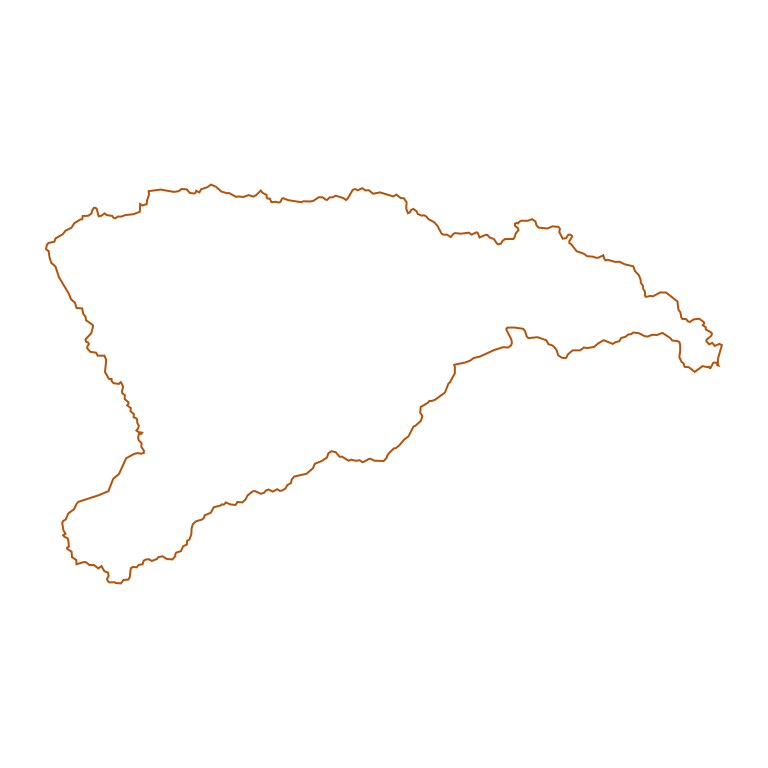 outline of Chiure, Cabo Delgado, Mozambique
{"feature_id": "85939544B26812417695120", "entity_name": "Chiure", "entity_type": "district", "adm_level": 2, "iso_a3": "MOZ", "parent_name": "Mozambique", "parent_adm1": "Cabo Delgado", "projection": "robinson", "projection_center": [39.723, -13.545], "detail": "fine", "context": "isolated", "style": "outline", "palette": "amber", "viewbox_px": 768, "rotation_deg": 0, "n_neighbors": 0, "source": "geoboundaries", "source_scale": "gbopen_adm2", "svg_char_len": 6056}
<svg xmlns="http://www.w3.org/2000/svg" viewBox="0 0 768 768"><path d="M160.7,189.6L148.7,191.1L149.0,194.8L147.1,200.2L146.7,204.1L142.5,205.5L140.2,204.0L139.8,211.8L133.4,214.2L125.2,215.1L121.2,216.6L117.7,216.6L115.3,218.3L113.6,217.9L112.2,215.9L106.7,215.1L104.6,213.4L101.2,215.8L98.7,216.3L96.7,208.9L95.5,207.8L93.8,207.9L92.1,210.7L91.5,213.5L88.2,215.8L82.8,216.0L82.2,219.3L80.5,219.4L74.3,223.2L71.4,227.8L65.5,230.7L62.7,234.3L55.6,238.4L54.3,241.7L48.4,243.0L46.8,245.1L46.1,248.3L46.1,249.3L48.6,251.0L49.6,257.6L51.2,262.7L55.5,266.6L58.9,277.1L68.6,293.3L71.1,299.4L74.9,302.6L76.5,307.9L82.1,308.4L83.4,314.1L85.5,316.7L86.0,320.2L92.7,324.9L93.0,326.6L91.2,333.4L85.5,339.2L86.0,341.6L88.1,342.5L88.9,344.0L87.1,347.1L87.3,348.4L90.2,351.8L96.1,352.7L97.7,355.7L104.5,355.7L106.2,360.0L105.0,372.0L109.0,379.0L111.5,378.9L111.6,381.0L113.5,383.2L118.9,383.9L120.7,382.1L121.6,383.4L123.1,386.9L121.9,391.6L122.2,393.2L124.8,395.1L124.7,399.1L128.5,402.3L128.3,404.0L127.2,405.4L130.8,408.0L130.5,411.3L133.8,413.9L133.7,417.4L135.9,418.0L137.1,419.5L137.3,422.8L138.8,425.8L138.3,428.2L136.4,430.5L138.6,432.1L142.1,432.7L141.4,433.7L138.8,434.2L138.1,437.9L138.8,440.3L141.6,443.3L141.3,446.9L143.9,450.6L143.8,452.9L141.0,453.7L137.5,453.1L133.9,454.0L126.1,458.3L119.0,474.0L113.2,478.8L108.4,491.2L98.5,495.3L78.4,501.8L76.5,504.0L74.1,509.1L68.3,513.4L65.8,519.4L63.0,521.1L62.2,523.1L63.4,530.2L65.5,533.8L63.1,535.2L64.6,536.9L67.6,538.3L68.4,540.8L68.9,546.7L67.1,547.7L67.2,548.9L71.6,551.7L72.0,557.1L76.2,560.0L76.5,564.2L84.4,562.0L86.3,562.4L89.4,565.0L94.0,565.1L98.3,568.4L101.5,566.1L104.3,571.2L108.0,572.6L108.6,576.0L107.0,578.9L107.8,581.2L109.5,582.4L114.7,582.2L115.6,583.0L120.9,583.4L123.6,579.9L128.3,579.6L129.8,577.1L130.8,568.2L133.1,566.9L136.6,567.3L138.7,564.9L142.6,564.3L143.6,560.8L145.5,559.6L148.7,559.2L151.9,561.0L157.2,558.8L158.2,557.2L162.6,556.3L166.8,559.0L172.5,559.4L175.4,556.0L175.2,554.5L176.2,552.6L181.0,551.1L183.1,546.3L186.9,544.5L187.1,540.8L189.4,539.5L191.3,534.4L191.6,528.3L192.8,524.3L195.9,521.4L202.5,519.3L204.1,517.6L204.6,515.4L210.8,512.7L213.8,507.2L220.4,505.6L221.7,504.4L223.8,504.7L225.8,502.5L230.4,504.4L235.5,505.0L237.4,502.0L242.4,502.4L245.6,499.4L247.4,495.6L252.7,491.3L255.0,491.1L260.9,493.8L264.2,492.7L265.8,490.6L268.5,489.5L272.7,491.6L277.1,489.2L280.0,490.9L282.4,490.4L285.6,488.3L287.2,485.2L290.9,483.1L291.8,479.4L294.3,476.5L306.5,473.8L313.0,468.2L314.9,463.7L321.2,461.3L327.0,457.5L328.4,453.2L331.6,451.2L335.7,452.2L339.7,456.8L341.9,456.6L348.6,460.7L351.2,459.7L356.0,460.8L359.6,460.2L362.2,462.1L363.4,462.0L369.0,458.9L370.7,458.8L374.3,460.7L383.6,461.0L386.5,458.1L387.3,455.5L389.5,452.6L393.9,448.4L395.8,448.1L399.0,445.7L404.1,439.6L408.4,436.4L413.6,426.4L415.3,425.9L420.9,420.8L422.4,416.1L420.2,412.7L420.7,407.0L427.7,402.9L429.5,400.9L431.7,401.0L435.0,399.8L444.9,392.6L448.4,383.7L450.0,382.2L454.8,373.4L454.9,367.5L454.2,364.8L465.2,362.5L470.0,360.7L473.7,358.0L479.8,356.6L494.0,350.1L503.0,347.2L508.1,347.5L511.0,345.5L511.9,342.9L511.3,339.4L506.4,329.7L506.4,328.6L507.6,327.6L514.3,327.5L523.2,328.8L525.0,331.0L526.8,336.6L528.4,338.1L537.6,337.2L546.4,340.3L548.4,344.2L552.4,345.4L554.3,347.1L556.5,350.0L558.2,355.2L561.3,357.5L564.3,358.1L566.2,357.8L567.8,354.5L572.5,350.4L580.1,350.3L584.0,347.5L587.2,348.1L594.0,346.9L598.6,343.1L603.6,340.2L612.8,343.9L615.2,342.3L619.3,341.2L621.2,338.0L625.8,336.6L628.2,334.5L631.4,334.0L633.3,332.5L638.9,333.2L644.5,336.1L647.4,336.6L652.1,334.8L656.9,335.0L662.5,332.9L670.3,338.1L672.2,340.5L677.1,341.0L679.3,342.0L680.1,344.5L680.2,351.2L679.3,357.0L681.6,362.0L683.5,363.3L684.6,366.8L688.8,367.2L694.7,371.9L702.6,366.1L707.8,367.2L708.8,366.7L709.8,368.1L710.5,368.0L713.3,362.7L716.8,362.6L717.3,365.2L718.5,365.5L717.8,364.2L718.0,358.6L721.9,345.1L719.4,343.9L714.8,345.9L712.2,342.9L709.2,344.3L707.3,342.2L706.3,340.9L706.5,339.8L711.2,335.8L712.0,333.6L710.7,332.1L705.8,329.5L705.8,327.3L702.8,325.2L704.1,323.6L703.8,322.1L699.2,318.7L693.7,319.4L689.8,322.0L687.8,321.2L686.2,319.1L682.3,318.9L681.2,317.0L680.4,312.3L678.4,309.6L677.5,301.5L666.2,292.6L660.3,292.4L652.9,296.3L650.4,295.9L646.0,296.9L645.1,296.0L644.9,291.5L643.3,289.3L642.8,285.5L640.7,282.6L640.8,280.3L639.0,275.4L635.0,271.1L633.3,266.3L624.7,264.3L619.7,261.8L615.1,261.9L607.8,259.8L605.7,260.4L604.5,259.3L603.3,255.3L598.6,257.6L596.2,257.8L592.6,256.6L587.1,256.2L584.0,253.8L576.6,251.2L571.3,244.3L569.4,243.2L569.3,241.2L572.0,237.0L571.9,235.8L570.3,234.7L568.4,234.7L566.0,238.2L562.7,238.7L559.3,232.1L559.9,228.8L558.4,226.8L552.4,226.4L547.4,228.5L538.5,227.6L536.4,225.2L535.5,221.6L532.3,219.2L527.5,220.8L521.5,220.7L519.4,221.6L518.0,223.4L516.8,222.8L515.0,223.6L514.9,225.7L518.1,228.4L518.4,230.4L515.9,233.0L514.6,237.3L513.3,239.0L505.1,239.0L502.4,241.0L501.0,243.6L498.6,244.3L497.0,243.6L493.9,239.0L489.8,237.6L487.3,234.9L485.5,234.9L479.6,237.5L477.7,232.9L476.8,232.3L471.5,234.6L468.9,232.7L461.0,233.7L455.2,233.1L453.4,233.8L450.7,237.1L447.1,234.7L443.4,234.6L441.6,233.7L437.6,226.1L434.2,222.2L428.5,219.2L426.2,216.3L423.9,215.2L421.9,215.7L417.8,214.0L416.5,211.2L413.3,208.9L411.1,210.1L409.7,212.5L407.9,213.2L406.2,208.5L406.6,202.3L403.9,198.3L400.6,198.0L396.4,194.6L393.3,196.4L380.1,192.4L373.1,193.7L368.7,190.2L365.3,190.4L362.2,188.2L357.8,190.3L355.2,189.0L352.7,189.9L347.7,198.5L346.0,200.0L343.4,198.1L335.7,195.7L332.8,197.3L329.6,197.4L327.1,199.9L325.5,199.6L322.9,197.4L318.8,197.2L313.6,200.7L310.3,201.5L303.3,201.3L301.2,202.2L288.4,200.2L283.0,198.2L282.0,198.6L280.4,201.9L278.8,202.6L275.8,201.8L271.4,202.1L269.8,198.5L268.1,198.7L266.7,197.8L266.6,195.0L262.5,192.8L260.8,190.6L256.2,195.1L253.3,196.6L248.6,195.1L243.3,197.0L238.1,196.4L236.2,196.9L228.9,193.0L227.1,193.3L221.3,191.5L216.0,186.8L211.0,184.6L207.1,187.3L201.1,189.3L199.4,192.4L196.2,190.8L195.4,192.9L194.2,193.5L189.9,193.0L186.8,189.4L181.6,189.0L178.6,191.2L173.9,191.9L160.7,189.6Z" fill="none" stroke="#b45309" stroke-width="2"/></svg>